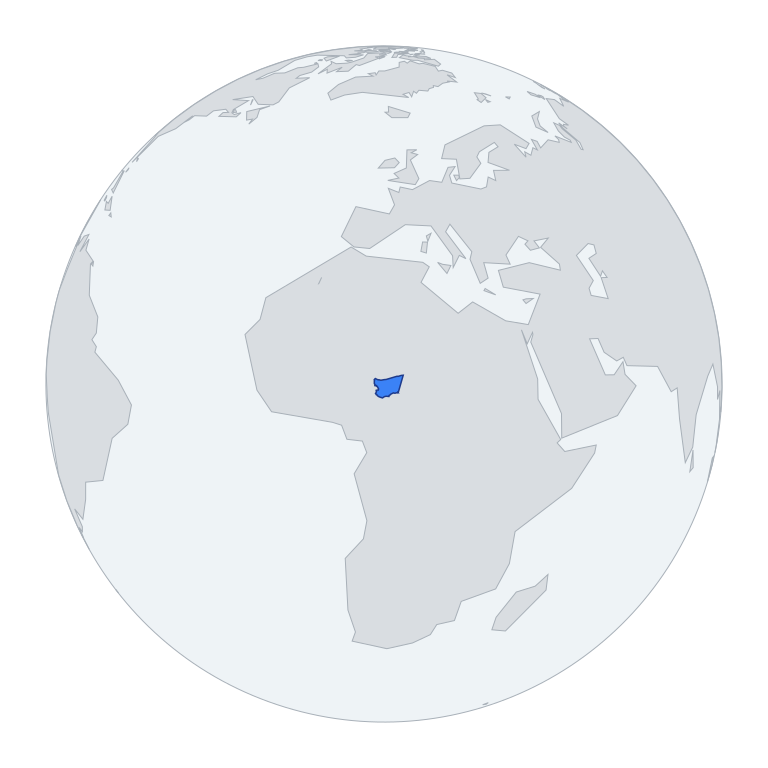 Zinder highlighted on a globe, orthographic projection, rotated 17°
{"feature_id": "NER-92", "entity_name": "Zinder", "entity_type": "Department", "adm_level": 1, "iso_a3": "NER", "parent_name": "Niger", "parent_adm1": "", "projection": "orthographic", "projection_center": [9.186, 15.151], "detail": "fine", "context": "on_globe", "style": "filled", "palette": "blue", "viewbox_px": 768, "rotation_deg": 17, "n_neighbors": 0, "source": "natural_earth", "source_scale": "10m", "svg_char_len": 10248}
<svg xmlns="http://www.w3.org/2000/svg" viewBox="0 0 768 768"><g transform="rotate(17 384 384)"><circle cx="384" cy="384" r="338" fill="#eef3f6" stroke="#a8b0b8"/><path d="M308.9,54.5L307.5,54.9L269.3,66.9L274.7,65.4L263.7,70.5L265.9,71.0L258.2,74.1L266.6,72.0L273.2,69.2L279.1,67.6L281.0,68.0L271.5,71.6L269.2,71.9L267.3,73.3L261.8,75.1L265.6,74.4L253.9,79.4L268.2,75.2L261.1,79.9L252.6,83.2L250.1,81.7L224.1,89.0L214.8,93.6L204.1,100.6L191.0,115.0L182.0,121.4L172.3,130.6L178.7,127.1L188.6,118.8L198.2,115.5L209.1,106.8L214.6,104.6L227.2,97.1L228.8,99.8L223.6,106.9L213.3,113.6L210.7,117.3L223.4,112.8L206.9,128.5L200.9,145.0L196.3,149.5L181.9,153.3L174.6,147.4L156.1,156.3L171.6,152.6L159.7,165.6L159.2,169.1L162.0,170.1L167.9,166.3L164.6,171.7L147.9,176.3L150.7,171.5L155.9,169.7L152.4,167.5L141.1,172.6L136.0,179.7L124.4,182.8L120.5,188.3L115.9,192.7L122.7,183.4L110.2,200.7L95.7,213.2L78.3,245.7L91.5,217.4L93.9,211.5L95.2,208.5L92.2,213.5L92.3,213.3L105.8,192.2L120.8,172.1L137.3,153.1L155.1,135.4L174.2,119.1L194.4,104.3L215.7,91.0L237.9,79.3L260.9,69.3L284.6,61.0L308.9,54.5ZM59.2,290.6L58.3,294.2L52.9,316.7L50.3,330.9L50.9,331.4L50.7,341.1L54.1,330.2L58.1,327.3L54.5,346.4L59.6,331.6L59.8,343.2L69.9,351.5L68.2,355.1L76.2,385.3L90.7,403.5L94.0,419.4L91.7,427.0L98.0,432.4L98.2,438.1L128.7,458.0L148.6,477.9L150.8,497.4L139.9,515.4L143.4,558.4L127.4,565.1L132.4,581.5L135.6,601.4L124.7,593.9L137.2,608.6L138.8,613.4L134.3,610.3L141.7,618.8L138.7,616.3L146.4,624.0L150.4,628.2L131.8,608.9L114.7,588.2L99.4,566.1L71.4,509.6L65.8,495.0L58.2,473.6L54.7,459.7L49.4,431.5L46.6,403.1L46.5,400.7L46.3,395.9L46.1,388.1L47.5,367.8L50.0,340.8L50.3,335.3L48.8,342.9L50.1,332.2L59.2,290.6ZM73.2,256.3L69.2,280.5L66.6,277.6L68.0,275.6L70.0,266.9L72.2,257.1L71.3,256.4L73.2,256.3ZM82.2,242.2L82.5,239.5L82.9,240.8L82.2,242.2ZM225.4,96.3L226.2,96.7L223.5,97.8L225.4,96.3ZM230.1,92.9L226.3,94.0L228.0,92.5L230.3,91.9L230.1,92.9ZM234.4,92.0L231.4,90.0L234.4,87.6L245.7,83.4L234.4,92.0ZM274.5,68.2L267.5,71.2L271.6,68.6L274.5,68.2ZM275.6,67.0L279.7,63.1L290.9,59.6L287.3,61.2L300.4,57.1L303.9,57.2L297.5,59.6L289.5,61.6L296.9,60.2L275.6,67.0ZM281.7,66.8L281.6,66.0L291.3,62.7L293.4,63.8L289.6,64.4L281.7,66.8ZM302.2,56.3L309.8,54.5L314.7,54.0L318.3,53.4L305.0,57.0L302.2,56.3ZM288.3,65.4L294.2,64.5L291.4,66.6L282.6,67.4L288.3,65.4ZM292.9,61.6L297.6,60.3L295.7,61.3L292.9,61.6ZM284.5,74.4L284.1,72.9L289.1,70.9L284.5,74.4ZM296.6,64.1L297.6,63.5L299.5,62.7L302.7,62.7L296.6,64.1ZM309.4,56.7L309.8,57.1L315.1,55.1L319.0,55.1L309.3,57.8L315.1,56.7L316.3,56.7L307.1,58.9L309.4,56.7ZM311.8,60.6L300.9,64.9L300.6,67.8L296.1,69.4L297.4,64.5L311.8,60.6ZM309.9,59.3L310.0,60.4L304.4,61.6L300.7,61.6L309.9,59.3ZM325.1,54.4L321.6,53.6L323.8,53.2L325.1,54.4ZM312.8,61.1L315.4,60.1L313.5,61.2L312.8,61.1ZM322.6,56.0L321.0,55.7L323.6,55.1L322.6,56.0ZM321.9,58.7L318.4,60.0L315.8,59.9L321.9,58.7ZM323.1,57.3L327.0,56.6L317.0,59.1L322.0,57.2L323.1,57.3ZM325.2,55.6L326.2,55.1L325.5,55.8L325.2,55.6ZM333.7,58.9L321.7,62.0L316.0,61.6L328.4,58.5L333.7,58.9ZM187.4,658.8L187.6,658.9L190.7,661.0L191.2,661.5L188.7,659.8L187.4,658.8ZM714.3,312.4L712.7,307.0L717.5,331.6L719.0,339.5L720.5,352.9L719.7,345.9L718.8,341.1L715.2,319.9L707.1,292.0L707.5,301.3L703.8,289.2L692.7,268.8L691.3,281.9L691.5,322.1L697.7,354.1L695.1,371.1L676.8,330.9L665.5,302.0L660.9,307.4L640.5,287.2L611.0,295.4L605.0,288.5L599.8,293.9L585.2,289.3L575.4,277.9L567.4,280.7L593.0,310.6L601.4,307.9L606.0,292.8L611.7,304.3L625.6,312.0L616.5,345.9L569.8,383.8L562.4,360.4L512.1,301.0L512.0,293.4L511.7,292.6L510.9,291.2L509.2,303.7L499.6,292.0L529.5,334.3L535.8,353.6L569.2,385.4L566.8,389.7L576.6,395.7L604.8,380.3L605.6,388.4L594.0,428.9L552.5,486.8L556.4,519.1L550.7,547.3L521.4,569.3L520.5,589.6L504.8,598.6L501.6,610.1L487.0,623.3L464.1,636.3L428.7,639.2L429.2,629.5L415.6,610.7L397.9,562.1L409.6,538.1L407.6,519.7L381.7,478.6L387.6,454.7L380.0,444.9L364.7,447.7L355.5,435.8L346.0,435.7L284.6,443.4L264.3,427.0L236.6,377.3L246.6,358.5L245.8,336.0L312.5,262.6L329.6,266.9L385.5,256.3L393.0,258.7L389.7,276.0L434.2,294.7L444.8,279.6L481.9,288.0L504.6,285.0L507.0,252.4L469.8,256.5L460.2,241.9L487.4,225.5L519.4,223.6L516.7,218.0L493.8,207.5L498.4,196.4L485.6,203.3L492.8,208.4L484.9,213.3L477.9,209.1L479.8,205.0L469.4,203.5L462.9,225.0L469.6,232.5L443.9,238.8L452.6,252.3L446.6,259.6L429.8,239.6L429.3,231.8L400.3,211.9L398.4,220.4L425.7,240.2L418.4,239.0L416.1,252.4L412.1,241.3L382.7,219.1L357.8,225.4L330.7,258.6L315.2,261.7L300.1,255.5L305.3,222.6L339.4,219.8L341.7,209.6L330.9,195.6L342.2,196.5L341.9,190.9L354.4,189.8L368.1,176.1L380.3,174.2L381.9,158.1L388.4,155.3L385.6,165.3L390.1,172.0L419.7,169.2L424.4,165.5L423.1,155.6L431.4,156.8L426.3,147.7L441.5,142.9L418.7,141.7L416.6,131.8L423.7,123.8L418.9,120.7L407.3,134.0L406.4,139.7L412.1,144.7L406.0,162.2L396.6,165.7L387.5,147.9L373.2,151.6L372.4,137.5L404.2,107.9L419.4,102.2L452.4,111.5L451.0,117.4L438.5,116.6L453.5,125.6L450.7,120.8L457.6,122.3L457.3,114.5L462.2,115.3L453.5,107.0L459.5,107.2L464.8,112.4L469.5,102.5L480.9,101.7L479.5,99.2L474.9,96.8L492.4,98.2L490.7,96.4L484.3,95.1L476.7,91.0L470.0,84.6L476.4,85.4L479.7,87.8L496.2,94.7L503.9,101.9L505.9,101.7L500.7,95.8L480.6,87.1L474.7,83.2L484.6,86.4L480.6,84.9L479.7,83.2L484.8,82.6L474.1,79.0L455.7,63.6L463.8,62.2L474.7,65.9L468.6,59.5L478.2,60.5L472.3,59.1L465.4,56.4L462.2,55.9L458.9,55.1L445.5,51.7L469.7,57.1L493.5,64.3L516.6,73.2L539.0,83.7L560.6,95.9L581.3,109.7L600.9,124.9L619.3,141.5L636.4,159.4L652.2,178.5L666.6,198.7L679.4,219.9L690.7,242.0L700.2,264.9L708.1,288.4L714.3,312.4ZM293.2,300.3L292.3,307.0L292.2,307.1L293.2,300.3ZM556.2,238.7L573.4,236.8L560.6,218.8L566.2,216.9L559.8,211.9L559.6,217.6L543.2,203.9L548.8,197.1L544.1,189.6L538.1,190.0L530.4,204.8L553.9,223.9L552.1,232.5L556.2,238.7ZM70.4,351.5L71.1,356.3L69.2,355.0L70.4,351.5ZM63.8,284.5L64.1,286.8L63.5,290.6L62.7,290.1L63.8,284.5ZM72.7,300.2L74.3,304.0L71.6,303.3L72.7,300.2ZM69.1,283.9L71.3,298.0L66.2,299.2L65.2,290.6L67.4,291.9L69.1,283.9ZM77.0,251.7L76.6,254.2L75.0,257.1L77.0,251.7ZM82.5,243.3L82.2,243.1L83.4,239.9L82.5,243.3ZM160.7,165.3L161.9,165.1L163.6,167.2L160.5,168.4L160.7,165.3ZM184.6,166.2L178.7,175.0L180.8,169.1L175.4,171.8L173.1,163.6L193.8,151.4L184.8,158.0L184.6,166.2ZM175.7,150.6L174.8,156.3L175.0,150.6L175.7,150.6ZM328.3,164.7L333.8,167.8L330.8,174.1L315.4,179.2L319.6,169.8L328.3,164.7ZM342.2,170.9L337.5,153.4L346.9,150.4L342.4,154.9L349.1,154.7L343.7,162.0L357.3,177.4L355.6,184.2L328.1,188.2L338.0,182.7L332.1,179.7L342.2,170.9ZM308.9,122.6L307.0,117.3L329.8,117.3L328.9,122.3L313.6,127.0L305.5,123.8L308.9,122.6ZM255.0,86.1L252.8,85.8L255.4,84.6L259.4,83.8L255.0,86.1ZM283.9,73.9L267.4,86.6L264.0,86.7L258.4,95.3L247.3,99.2L251.4,93.3L238.6,103.4L237.8,99.6L230.2,106.7L240.3,93.1L239.0,90.9L244.6,91.7L254.8,88.0L258.9,85.7L269.4,78.1L271.8,72.7L282.3,69.0L289.1,67.9L290.1,68.6L283.0,70.6L289.5,70.2L279.9,73.7L283.9,73.9ZM362.6,70.1L353.9,69.9L365.3,74.0L355.8,75.8L357.8,76.2L352.2,79.2L348.7,83.8L343.9,84.2L344.6,85.9L340.9,88.3L340.3,91.0L331.5,92.9L330.0,96.5L326.7,95.4L326.5,101.3L322.7,97.9L317.5,101.4L323.9,102.8L278.1,111.4L261.8,119.2L250.2,128.0L245.3,122.3L252.9,110.9L267.1,98.8L283.5,92.8L278.3,91.8L284.6,88.9L286.1,90.8L287.6,86.1L293.2,84.4L305.8,76.5L304.5,72.0L309.1,69.4L312.4,70.4L314.6,67.3L324.0,67.6L327.4,66.0L340.1,65.3L344.5,68.9L348.1,66.9L357.9,66.8L362.6,70.1ZM337.2,58.8L344.6,61.5L343.0,64.2L321.5,64.6L317.1,66.0L303.3,67.4L305.9,63.8L309.6,63.6L313.8,62.7L311.3,64.1L316.4,62.3L321.7,62.2L327.1,60.9L328.0,62.1L337.2,58.8ZM399.7,252.0L405.1,252.4L413.3,251.1L411.9,259.9L399.7,252.0ZM379.4,236.9L384.1,235.6L386.2,246.4L380.5,246.4L379.4,236.9ZM384.9,226.1L384.2,234.7L381.2,230.0L384.9,226.1ZM389.7,163.9L394.5,162.4L395.7,164.6L393.9,168.3L389.7,163.9ZM394.6,86.4L389.9,84.9L390.9,83.9L385.3,79.0L391.9,77.8L397.9,80.4L394.6,86.4ZM501.7,258.6L496.3,265.5L492.3,262.9L495.0,261.0L501.7,258.6ZM452.8,263.1L464.8,266.1L452.3,265.5L452.8,263.1ZM400.9,84.3L397.9,82.3L403.0,83.0L400.9,84.3ZM396.5,76.9L402.2,77.2L392.1,77.2L396.5,76.9ZM576.9,658.2L575.3,660.4L572.1,661.9L576.9,658.2ZM599.2,533.7L572.3,584.7L559.0,587.5L559.4,574.3L571.3,544.3L587.7,533.1L596.5,518.2L599.2,533.7ZM721.9,383.1L719.6,358.8L720.4,356.8L721.4,364.6L721.9,383.1ZM698.8,356.7L704.1,373.6L702.1,378.4L698.8,356.7ZM452.9,78.0L453.3,85.6L457.9,91.6L467.4,95.5L454.2,93.9L447.0,84.5L452.9,78.0ZM454.7,65.0L446.4,62.6L449.8,62.3L452.1,62.8L454.7,65.0ZM449.9,64.5L440.1,64.5L435.3,62.4L443.9,62.7L449.9,64.5ZM420.8,72.7L420.4,74.8L416.2,73.9L420.8,72.7ZM457.3,55.0L452.8,54.0L453.7,53.9L457.3,55.0ZM440.9,51.4L443.0,52.2L438.1,51.0L440.9,51.4ZM448.4,54.3L442.6,52.3L451.9,54.8L448.4,54.3Z" fill="#d9dde1" stroke="#a8b0b8" stroke-width="1"/><path d="M392.4,394.5L389.6,395.1L389.4,395.2L388.3,395.8L388.2,395.9L388.1,396.0L387.9,396.2L387.8,396.3L387.6,396.5L386.7,397.7L386.5,397.8L386.4,397.8L385.1,397.7L384.7,397.8L382.8,397.6L382.6,397.6L381.1,397.1L380.9,397.0L380.8,396.9L380.6,396.6L380.3,396.3L380.1,396.2L379.9,396.2L379.7,396.2L379.6,396.3L379.5,396.2L378.9,395.7L378.7,395.5L378.6,395.4L379.0,394.7L378.9,393.7L379.0,393.2L378.9,393.0L378.7,392.9L378.5,392.7L378.4,392.6L378.4,392.4L378.5,392.4L378.6,392.2L380.2,391.4L380.3,391.4L380.3,391.2L380.3,390.8L380.2,390.7L380.2,390.3L380.2,390.2L379.4,389.5L379.3,389.4L379.3,389.2L379.2,389.1L378.9,388.9L378.6,388.6L378.4,388.5L378.2,388.5L378.0,388.3L377.9,388.3L377.9,388.2L377.6,388.1L377.3,387.7L377.2,387.7L376.9,387.7L376.7,387.7L376.2,388.2L376.1,388.3L376.0,388.2L375.7,388.1L375.6,387.9L375.5,387.1L375.4,387.0L374.9,386.7L374.7,386.5L374.6,386.1L374.4,385.9L374.2,384.8L374.1,384.6L373.9,384.2L373.9,383.3L373.8,383.1L373.4,382.9L373.9,381.6L374.1,381.3L376.4,381.7L377.4,381.7L377.8,381.4L378.0,381.4L379.1,381.4L379.4,381.4L380.4,381.1L382.8,379.8L384.8,379.0L394.0,372.9L395.6,372.4L397.9,370.8L399.8,370.0L400.1,387.1L399.9,387.1L399.6,387.3L399.5,387.5L399.6,387.8L399.7,388.0L399.9,388.0L400.0,388.1L399.9,388.1L399.5,388.4L399.5,388.5L399.4,388.5L398.9,388.5L397.4,389.5L396.3,389.8L396.2,389.8L395.9,389.7L395.6,389.7L393.3,391.9L393.3,392.0L393.3,392.3L393.2,392.5L392.2,393.5L392.2,393.8L392.4,394.4L392.4,394.5L392.4,394.5Z" fill="#3b82f6" stroke="#1e3a8a" stroke-width="1.5"/></g></svg>